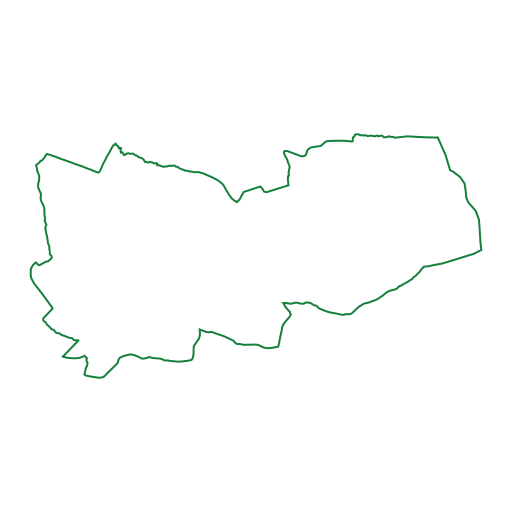 Lomela, Kasaï-Oriental, Democratic Republic of the Congo
{"feature_id": "63176286B89784390033972", "entity_name": "Lomela", "entity_type": "district", "adm_level": 2, "iso_a3": "COD", "parent_name": "Democratic Republic of the Congo", "parent_adm1": "Kasaï-Oriental", "projection": "mercator", "projection_center": [23.11, -2.397], "detail": "fine", "context": "isolated", "style": "outline", "palette": "green", "viewbox_px": 512, "rotation_deg": 0, "n_neighbors": 0, "source": "geoboundaries", "source_scale": "gbopen_adm2", "svg_char_len": 5669}
<svg xmlns="http://www.w3.org/2000/svg" viewBox="0 0 512 512"><path d="M46.8,154.0L45.9,155.3L45.1,156.1L44.4,157.7L43.7,158.5L42.2,160.3L40.5,160.9L39.3,162.6L36.3,164.9L36.1,165.6L36.3,166.4L36.5,167.1L36.7,167.6L36.9,168.3L37.1,169.3L37.0,170.6L37.4,171.3L39.2,175.7L39.2,176.3L39.1,180.8L38.4,182.3L38.0,186.4L38.3,187.7L41.0,194.1L40.7,197.5L40.6,198.6L40.8,199.4L41.1,200.7L43.6,206.0L44.4,208.8L44.5,215.6L45.1,217.7L44.7,221.0L46.4,224.7L45.3,227.6L45.5,230.0L46.2,232.1L46.1,233.6L46.8,235.0L47.0,236.1L48.1,243.6L49.4,246.2L49.2,248.1L49.8,251.6L49.9,254.4L51.2,255.6L51.7,256.6L51.8,256.9L51.7,257.7L51.3,258.3L50.4,259.3L49.7,260.0L48.7,260.8L47.8,261.4L46.2,261.6L44.7,262.3L43.7,262.9L42.5,263.6L41.7,263.9L39.8,265.1L38.7,265.0L37.5,264.1L36.6,263.2L35.7,262.4L32.8,265.3L30.8,268.9L30.7,275.2L31.2,278.0L34.0,283.3L41.1,292.4L52.1,307.4L52.5,308.7L43.3,318.3L43.2,320.1L44.2,321.4L45.7,322.4L47.2,324.9L49.4,326.7L49.5,326.8L51.5,329.2L53.7,329.8L54.2,330.3L55.7,332.4L56.4,333.0L58.8,333.2L60.1,333.8L61.3,334.9L64.5,335.9L69.7,337.9L72.0,338.1L74.0,340.1L77.5,340.5L78.9,340.0L62.9,356.6L63.8,357.0L68.5,358.0L74.9,358.3L78.8,358.0L82.1,357.0L84.8,355.8L86.0,357.4L87.0,358.3L86.4,359.8L86.5,360.8L87.5,362.9L87.1,365.5L86.8,366.2L86.0,367.8L84.4,374.5L85.6,375.4L88.8,376.2L93.2,376.9L98.3,377.7L100.1,377.7L103.0,377.2L104.9,375.8L107.8,372.7L115.6,365.2L117.6,363.0L118.9,358.8L120.1,357.7L123.1,356.2L125.4,355.5L129.6,354.5L132.1,354.5L136.0,355.8L139.3,357.2L141.5,358.5L143.9,358.6L145.4,358.2L147.1,357.9L149.4,356.9L150.7,357.5L153.6,358.1L160.2,358.6L163.1,359.6L164.5,360.4L165.9,360.5L167.9,360.4L170.2,361.0L174.2,361.3L178.0,361.7L182.6,361.4L188.8,360.6L191.5,359.9L192.8,358.0L193.5,354.4L193.7,346.7L194.2,345.5L198.8,338.9L199.8,335.8L199.9,332.3L199.7,329.5L206.4,332.0L208.5,332.3L211.5,331.9L214.9,333.1L223.9,336.2L228.3,338.2L233.5,340.8L235.9,343.6L237.6,344.0L241.1,344.2L243.4,344.8L256.1,344.6L258.6,345.1L263.6,347.5L267.0,348.2L271.4,347.9L278.1,346.8L278.6,345.3L280.5,335.7L281.9,329.6L282.0,327.8L283.0,325.0L285.0,322.1L289.5,316.9L290.8,314.7L290.0,313.0L289.8,311.9L285.8,307.4L283.3,303.0L286.8,303.1L289.6,303.6L291.6,303.7L294.6,302.8L297.0,302.7L300.6,303.6L303.7,303.7L304.8,303.1L305.4,302.7L306.4,302.4L310.6,303.0L314.0,305.3L315.8,305.5L316.9,306.1L318.0,307.6L319.3,308.5L324.2,310.5L325.9,311.2L330.4,312.5L336.3,313.5L341.9,314.8L344.4,314.7L345.6,314.1L349.4,314.2L350.8,313.9L352.0,313.2L358.5,307.1L362.7,304.4L363.7,303.7L369.7,302.3L371.5,301.4L374.4,300.5L377.2,299.2L382.6,295.7L386.5,292.5L388.7,291.2L391.8,290.2L393.9,289.8L396.6,288.8L399.2,286.3L401.5,285.5L402.6,284.6L408.2,281.6L410.0,280.2L411.7,279.4L412.4,278.6L413.6,277.2L415.8,275.8L417.1,274.1L419.1,272.5L421.6,269.1L423.9,266.7L424.4,266.6L429.0,266.2L434.0,265.0L442.4,263.5L459.6,258.2L473.8,253.8L481.3,250.0L481.1,248.1L480.5,243.0L479.6,228.3L479.0,219.9L475.9,211.2L473.2,207.9L468.6,202.8L466.4,198.2L465.6,190.4L464.6,183.6L460.2,177.1L453.2,171.7L450.1,170.2L448.0,163.2L445.7,155.4L442.7,148.7L439.4,141.1L437.8,137.4L437.0,137.6L435.7,137.5L430.9,137.4L425.0,137.3L415.5,136.8L411.0,136.5L407.0,136.3L403.6,136.8L400.6,137.1L394.6,137.7L393.3,136.9L390.1,136.9L389.6,136.3L388.7,136.3L386.2,137.3L383.7,137.2L382.3,135.8L381.7,135.6L378.4,136.3L377.3,135.6L376.4,135.6L375.4,136.3L374.6,136.2L370.6,135.6L367.7,136.1L365.4,135.2L364.5,135.3L364.0,135.6L362.4,135.2L360.4,135.3L358.5,134.3L355.0,134.5L354.5,136.3L352.9,137.5L352.8,139.5L352.7,141.2L352.3,141.3L351.4,141.5L346.3,140.9L338.7,140.7L332.1,140.9L327.7,141.0L325.3,141.9L323.4,143.6L321.8,145.2L320.2,146.1L318.0,146.3L316.0,146.7L313.4,147.0L310.8,147.5L308.8,148.9L307.3,150.5L306.9,151.9L305.9,154.8L304.6,155.9L301.7,156.4L298.2,155.1L287.4,151.1L284.5,151.0L283.9,152.3L284.9,155.7L286.9,158.9L288.3,163.3L289.0,164.6L289.7,166.9L289.4,168.3L288.5,172.6L288.9,173.9L288.7,174.7L288.9,175.5L288.6,176.0L288.0,176.3L287.9,180.6L288.3,182.5L288.2,184.1L288.5,185.3L266.6,192.2L264.2,191.7L262.4,188.8L260.4,186.5L243.6,192.0L239.4,199.8L236.7,202.2L235.5,201.0L234.4,200.8L233.1,199.4L232.1,198.8L231.1,197.8L230.5,196.5L228.7,194.5L228.0,192.7L226.6,190.9L223.6,185.4L223.4,185.0L221.7,183.3L217.7,180.2L212.2,177.3L205.4,174.4L205.1,174.1L204.6,173.8L201.2,172.9L199.4,172.2L193.4,172.1L191.8,171.6L189.4,171.5L187.9,170.8L185.0,170.6L184.0,170.0L179.9,168.6L177.7,166.9L175.7,166.6L174.8,165.7L173.6,165.6L171.8,165.9L171.0,165.5L169.8,166.0L168.3,165.8L167.1,166.5L165.5,166.4L164.2,166.6L163.8,166.9L163.1,166.7L159.4,165.4L158.6,165.3L157.2,165.2L157.0,164.2L157.3,163.7L156.8,163.3L156.3,163.1L154.9,163.4L154.0,163.4L153.3,162.8L151.2,162.2L150.0,161.9L148.5,162.6L147.8,162.6L147.7,162.5L146.8,162.0L145.5,161.9L144.9,161.8L143.6,159.5L142.9,158.9L141.3,158.0L138.5,157.1L137.3,155.8L136.5,155.7L134.6,154.8L133.4,153.8L132.9,153.6L132.7,153.6L130.1,153.8L128.1,153.2L126.7,153.8L125.7,154.0L124.9,155.0L124.4,154.9L123.8,154.9L122.3,152.4L122.0,152.2L121.3,152.6L120.9,152.6L120.4,149.6L120.7,149.2L121.1,148.5L121.1,148.2L120.4,147.9L118.8,148.1L118.7,147.6L118.6,147.3L118.4,146.8L117.6,145.8L116.5,145.2L115.9,143.8L115.4,143.6L115.0,144.3L114.4,144.9L113.3,145.4L112.6,146.3L111.8,147.9L110.9,149.6L110.1,151.1L108.8,153.4L107.9,155.0L107.2,156.0L106.4,157.6L105.4,159.6L104.5,161.3L103.7,162.6L103.2,163.8L101.9,166.6L101.3,168.2L100.8,169.3L100.1,170.6L99.4,171.8L98.5,172.5L97.8,172.4L96.4,172.0L95.1,171.5L93.7,170.9L91.8,170.1L90.2,169.5L89.2,169.1L85.8,167.9L82.2,166.4L78.1,165.0L74.1,163.6L71.0,162.4L64.5,160.1L59.9,158.5L56.4,157.1L53.3,156.0L51.9,155.6L50.2,154.9L46.8,154.0Z" fill="none" stroke="#15803d" stroke-width="2"/></svg>